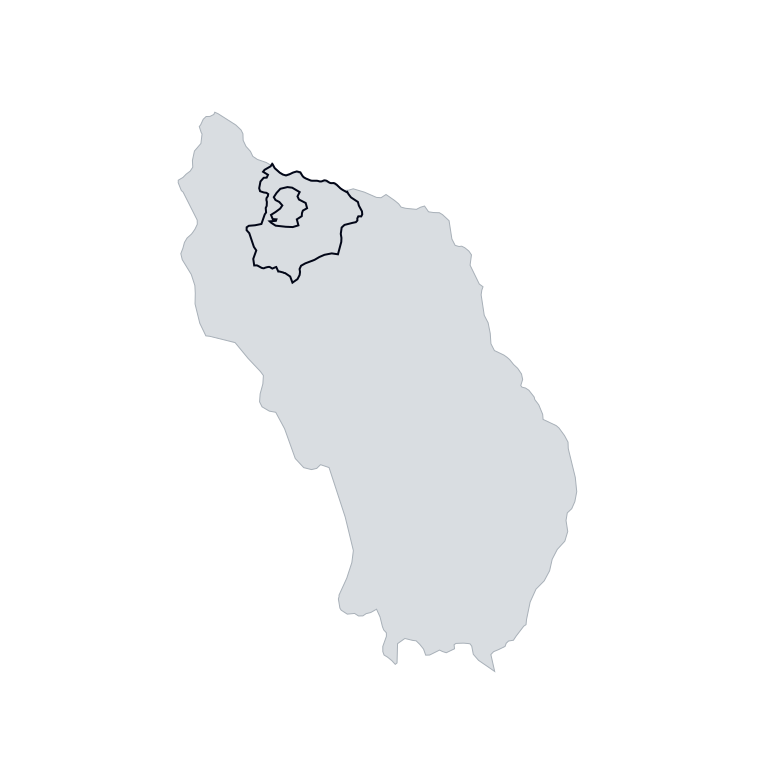 Hajdú-Bihar highlighted on a map of Hungary, rotated 255°
{"feature_id": "HUN-3173", "entity_name": "Hajdú-Bihar", "entity_type": "County", "adm_level": 1, "iso_a3": "HUN", "parent_name": "Hungary", "parent_adm1": "", "projection": "equal_earth", "projection_center": [21.543, 47.451], "detail": "fine", "context": "in_parent", "style": "outline", "palette": "ink", "viewbox_px": 768, "rotation_deg": 255, "n_neighbors": 0, "source": "natural_earth", "source_scale": "10m", "svg_char_len": 4518}
<svg xmlns="http://www.w3.org/2000/svg" viewBox="0 0 768 768"><g transform="rotate(255 384 384)"><path d="M623.3,238.3L631.8,237.3L632.1,237.5L634.1,238.0L635.6,243.4L635.8,243.7L637.9,247.2L639.8,251.9L642.9,255.4L649.5,256.8L658.1,261.2L663.7,269.4L672.2,272.8L672.8,272.9L674.4,272.5L680.5,272.2L681.7,273.9L686.5,277.9L688.4,281.4L687.5,285.1L688.4,289.4L690.3,290.9L688.0,293.7L672.4,308.0L666.3,311.7L662.2,312.5L655.8,311.0L649.2,312.2L643.3,315.2L637.8,316.2L633.7,319.8L628.4,327.6L621.8,334.2L615.2,338.3L611.7,341.9L611.4,354.6L607.7,358.2L602.7,361.9L600.0,365.2L592.5,384.5L586.8,390.7L581.3,395.4L580.4,399.8L580.5,404.8L574.4,414.7L566.2,425.0L564.7,429.3L566.5,435.0L558.7,441.6L554.2,444.8L550.4,446.3L548.1,450.4L544.3,460.5L545.3,465.0L545.4,469.2L538.8,471.6L536.8,476.2L535.1,481.8L532.4,484.4L524.9,489.1L506.5,487.1L499.5,488.6L497.4,492.0L497.0,494.7L494.7,497.3L490.4,500.4L486.1,501.9L476.5,497.9L455.9,501.9L452.3,504.8L449.4,502.8L445.0,500.9L424.4,498.6L416.2,500.4L405.3,499.7L395.2,497.7L387.7,499.3L380.9,507.3L377.6,510.0L375.0,511.7L369.3,514.2L364.5,517.2L358.1,519.4L352.5,519.1L347.1,515.7L345.2,516.5L343.5,519.6L340.5,522.3L332.5,525.7L330.4,525.6L330.0,525.6L323.8,528.1L313.6,529.4L308.6,528.5L299.2,539.6L296.3,541.6L287.5,545.0L280.2,546.7L274.1,545.3L271.7,545.2L244.3,544.6L230.1,542.3L221.0,537.9L215.0,533.1L212.1,527.7L205.1,524.5L194.0,523.3L185.4,518.0L179.4,508.6L171.2,501.1L160.7,495.6L152.4,487.8L146.5,477.7L135.5,468.7L119.6,460.7L114.8,458.9L113.9,456.3L106.3,446.4L103.0,442.7L103.5,437.8L102.0,435.0L99.2,433.0L97.8,425.9L97.1,420.6L95.0,417.2L77.7,416.5L92.6,403.8L99.8,400.3L108.1,400.9L110.8,399.8L111.6,397.9L113.1,393.8L114.0,389.9L114.8,386.3L114.0,384.2L110.0,383.6L108.3,374.6L110.5,371.2L112.6,368.8L110.4,357.9L111.3,354.1L117.7,353.6L123.2,351.2L127.6,348.6L129.0,345.2L132.8,338.3L129.7,329.9L111.2,324.4L110.3,322.3L114.7,320.0L119.4,316.6L122.2,313.9L125.8,313.6L130.8,314.9L139.6,321.0L143.1,321.9L146.5,320.1L150.0,319.7L160.0,319.9L168.4,318.5L166.7,312.0L166.8,307.3L165.5,303.6L166.5,299.4L170.0,296.2L171.2,289.0L176.6,284.1L179.0,283.4L188.2,284.3L190.3,285.6L191.7,285.9L206.1,297.8L219.8,306.7L231.0,311.3L247.7,311.7L265.5,312.1L295.2,310.5L317.5,309.3L319.0,307.1L322.5,301.8L319.9,297.2L320.1,291.8L324.0,284.8L335.0,279.0L366.5,276.4L384.7,272.1L387.5,266.2L393.5,260.3L399.0,259.2L406.5,261.8L415.4,267.0L423.4,269.7L428.0,267.9L444.0,259.3L462.5,250.9L475.2,228.0L476.6,224.4L490.3,221.8L510.2,222.2L520.5,225.2L528.1,226.8L539.7,226.2L556.3,221.3L562.5,221.5L567.2,224.9L572.4,227.9L576.0,231.6L578.6,236.8L580.1,238.7L582.4,241.4L586.6,245.0L590.7,246.0L621.4,239.6L623.3,238.3Z" fill="#d9dde1" stroke="#a8b0b8" stroke-width="1"/><path d="M625.6,333.0L625.1,333.3L620.7,334.3L615.1,338.0L612.5,340.5L610.8,343.3L611.0,346.9L611.8,350.9L611.9,354.8L610.1,358.0L606.1,359.1L604.5,359.9L602.9,361.5L599.4,366.0L598.9,367.3L597.8,371.5L597.4,372.5L596.3,374.3L595.9,375.6L595.9,376.9L596.1,378.0L596.2,379.0L595.6,380.5L594.9,381.4L592.9,383.1L592.0,384.2L591.6,385.2L591.2,387.3L590.6,388.3L588.7,389.9L584.3,392.5L582.3,394.2L578.7,397.9L578.9,398.3L576.7,398.8L572.8,400.4L566.6,405.9L562.8,405.9L556.5,407.4L553.5,406.9L551.8,405.4L552.6,402.6L550.9,401.1L548.8,400.6L547.6,398.7L547.8,395.4L547.9,387.0L546.1,383.6L540.2,381.1L536.1,380.7L532.3,379.5L521.2,373.1L523.7,367.3L524.2,359.9L523.4,354.5L521.9,349.0L520.9,339.2L519.7,334.5L516.9,332.2L514.0,331.9L511.1,330.7L507.7,327.6L505.6,321.8L512.1,321.2L516.7,317.2L517.2,316.1L517.8,315.5L519.9,311.8L520.0,311.0L524.9,310.2L524.9,309.5L524.4,306.0L526.3,304.2L526.9,303.3L527.1,301.5L527.1,299.4L526.9,298.3L527.0,297.4L527.8,295.9L530.7,292.9L531.5,291.9L531.9,290.3L532.1,289.3L538.7,290.1L546.1,295.2L550.1,293.8L564.6,292.9L568.1,291.1L570.9,291.9L571.8,294.4L570.7,300.5L570.3,307.0L578.7,312.7L580.2,314.5L584.6,315.3L586.4,316.8L590.2,318.0L592.1,318.0L593.9,318.6L595.5,320.4L597.4,321.3L599.1,319.9L600.1,317.5L602.3,314.2L605.4,314.1L611.6,317.1L614.3,321.1L613.7,324.1L616.1,326.1L620.3,322.1L621.8,324.1L623.6,330.8L625.6,333.0L625.6,333.0ZM570.9,322.7L569.6,321.8L570.7,315.7L568.9,316.8L565.0,320.3L561.3,329.8L559.2,336.5L559.4,342.4L565.6,342.4L567.4,348.0L570.3,349.0L572.5,350.5L573.7,355.2L579.1,355.2L584.2,349.6L587.6,349.0L591.2,352.2L597.4,346.1L599.2,341.7L599.4,334.4L596.4,329.7L593.0,325.9L589.8,326.8L586.9,330.0L582.8,332.0L580.3,329.1L578.2,323.8L576.6,318.6L572.1,319.2L570.9,322.7Z" fill="none" stroke="#020617" stroke-width="2"/></g></svg>